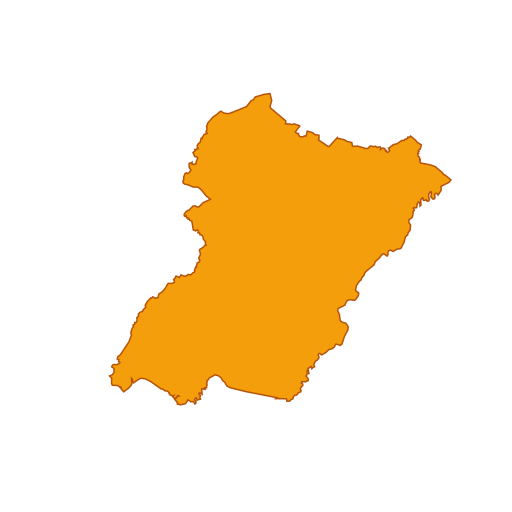 the district of Arenillas, El Oro, Ecuador, rotated 220°
{"feature_id": "8360857B40714321113119", "entity_name": "Arenillas", "entity_type": "district", "adm_level": 2, "iso_a3": "ECU", "parent_name": "Ecuador", "parent_adm1": "El Oro", "projection": "natural_earth1", "projection_center": [-80.11, -3.588], "detail": "fine", "context": "isolated", "style": "filled", "palette": "amber", "viewbox_px": 512, "rotation_deg": 220, "n_neighbors": 0, "source": "geoboundaries", "source_scale": "gbopen_adm2", "svg_char_len": 6112}
<svg xmlns="http://www.w3.org/2000/svg" viewBox="0 0 512 512"><g transform="rotate(220 256 256)"><path d="M295.6,81.1L295.7,79.6L295.2,78.3L292.6,78.6L289.8,75.4L289.8,72.6L291.1,69.9L288.1,69.7L284.7,65.5L283.0,64.6L279.1,67.6L277.4,68.1L275.1,67.9L275.6,69.3L274.0,67.6L270.0,66.9L268.6,73.1L268.6,77.1L269.2,78.6L272.7,82.2L271.1,82.0L269.5,80.2L268.3,80.0L266.9,85.3L265.5,88.5L262.0,90.6L256.3,92.1L243.0,93.2L242.3,94.0L238.9,94.2L237.5,95.4L236.1,95.6L234.0,95.2L234.1,94.8L233.2,94.3L230.4,95.0L229.3,96.3L229.2,94.7L227.0,94.4L226.2,95.4L226.1,98.8L225.5,99.4L225.0,99.3L225.9,98.6L225.8,95.5L226.3,94.0L221.9,93.1L221.1,92.0L218.1,93.6L215.1,97.5L215.6,102.2L212.3,102.4L210.3,104.3L207.7,103.4L207.3,104.1L208.8,106.3L210.6,106.4L211.1,107.9L210.7,108.9L208.4,107.9L206.5,110.7L208.0,111.4L208.9,113.5L210.7,113.4L211.5,114.3L210.9,115.2L208.4,115.4L212.2,119.3L212.1,119.7L209.3,121.0L209.3,121.6L210.5,121.8L209.2,123.4L210.2,124.3L210.5,125.7L211.6,126.1L212.1,127.6L213.3,128.7L213.0,130.3L213.4,132.5L211.0,138.6L207.9,140.1L204.7,140.3L201.3,139.1L198.8,139.2L194.6,137.7L190.9,138.6L176.2,145.8L148.8,161.0L149.1,159.5L141.1,166.0L140.2,165.9L139.2,164.6L136.8,166.5L136.8,168.7L135.9,170.2L136.9,172.4L136.8,174.2L135.7,175.3L135.4,176.7L135.7,178.5L134.4,180.7L135.1,182.1L136.3,182.4L137.1,183.7L137.0,187.1L138.6,188.3L139.8,187.9L140.1,188.6L139.9,189.5L136.9,191.7L136.9,192.8L135.9,193.8L136.3,194.8L137.4,195.6L140.4,196.1L140.4,197.0L141.3,198.0L139.9,200.1L141.5,201.2L142.3,200.0L143.2,201.2L142.5,202.2L143.7,202.8L143.9,203.8L143.2,204.6L143.1,206.4L142.5,206.8L140.8,205.6L140.7,207.4L139.9,208.8L142.0,210.1L142.9,213.5L142.1,215.9L142.3,218.3L142.7,219.0L144.9,220.2L145.1,221.4L144.9,222.0L144.0,222.4L142.3,222.3L141.6,223.7L140.4,227.3L140.1,230.9L138.3,233.5L137.4,236.4L138.3,239.6L137.4,240.4L133.9,241.7L133.6,243.8L136.6,251.4L138.1,258.5L139.6,260.7L140.6,261.4L144.2,262.2L147.1,260.8L149.7,260.5L154.8,265.0L158.6,266.8L159.3,268.6L156.3,275.6L157.5,279.2L157.1,281.5L155.8,283.0L152.0,285.4L151.7,287.4L152.1,291.0L153.1,293.2L154.1,293.9L155.9,293.5L157.7,293.7L160.0,297.8L160.6,303.2L160.1,305.2L161.0,307.4L160.8,310.5L161.7,312.3L161.8,314.8L159.9,325.1L161.0,328.3L160.2,333.6L160.5,337.6L160.1,339.2L159.1,340.0L155.6,340.1L155.7,342.0L157.3,343.5L157.7,345.6L156.6,347.0L153.9,347.6L152.3,352.1L150.8,353.5L149.9,355.1L151.5,361.8L153.9,366.9L153.4,369.7L154.3,371.2L154.6,375.0L157.5,379.1L160.5,379.9L162.1,382.2L161.3,385.1L161.5,387.0L163.2,389.9L164.2,390.6L164.2,393.0L166.3,393.8L165.9,394.9L164.5,395.5L164.0,396.4L165.9,399.3L166.4,401.5L165.9,402.1L164.5,401.7L162.4,399.7L162.4,401.1L166.0,405.0L166.0,407.6L165.4,407.8L164.1,406.4L163.4,406.3L162.3,407.3L162.1,408.4L160.1,408.0L159.0,409.2L159.4,410.8L161.3,411.8L163.6,414.6L163.5,417.7L162.5,417.6L160.0,413.6L156.9,413.4L156.0,414.6L156.9,416.2L158.9,418.1L158.5,419.6L157.6,420.2L155.7,419.7L156.4,425.4L159.0,428.3L155.5,436.5L155.6,439.6L162.8,439.6L164.7,439.0L166.3,439.6L176.2,439.7L181.0,437.9L189.9,433.0L190.9,433.5L192.1,435.4L192.4,434.9L194.4,436.9L195.5,436.6L197.7,438.0L198.0,438.6L197.5,439.2L198.2,439.5L198.4,440.8L199.1,440.7L199.5,441.3L198.9,443.5L200.8,447.4L206.0,446.7L207.6,447.2L214.6,447.3L214.5,446.2L216.1,444.6L215.5,443.7L216.9,440.9L216.7,440.0L218.6,438.2L220.1,432.6L222.5,429.5L222.5,427.8L223.2,426.7L223.2,424.7L223.9,423.8L221.4,422.7L221.5,420.2L223.8,419.6L223.9,420.6L224.7,420.1L226.5,421.0L228.4,420.1L229.1,417.6L230.2,419.2L231.1,419.4L233.0,417.1L235.1,416.9L236.0,415.4L238.9,414.1L239.4,412.8L239.1,411.2L240.4,409.2L249.1,405.4L249.3,404.7L250.9,403.8L251.5,402.7L252.9,402.3L255.5,404.5L259.8,402.3L263.1,401.8L269.3,398.6L269.8,399.0L270.3,387.1L271.1,386.3L282.8,385.1L283.1,386.3L285.4,389.0L289.2,386.7L291.6,387.0L296.7,384.8L297.0,384.5L294.7,380.1L296.2,379.0L296.9,377.2L299.4,375.6L301.3,376.3L302.2,377.2L303.5,376.1L305.6,376.3L306.0,383.6L306.6,383.7L311.6,381.8L313.1,379.7L314.9,378.9L318.4,376.2L319.9,378.6L340.1,378.7L341.6,379.9L343.8,385.1L349.7,389.4L353.9,384.8L358.7,377.5L358.9,376.5L358.3,374.3L359.6,371.7L359.3,364.4L366.4,350.9L367.3,349.9L367.6,348.5L369.3,346.8L373.0,344.6L375.8,344.5L376.4,343.5L377.1,338.8L378.3,334.9L378.4,326.9L377.1,323.4L375.9,322.6L374.5,320.5L374.2,318.9L372.2,318.6L373.8,315.9L373.4,312.2L372.7,311.5L373.7,310.8L371.9,307.2L372.4,304.8L372.0,302.7L369.6,301.2L370.4,300.9L369.9,299.5L371.4,298.2L370.6,297.7L370.3,296.8L370.8,294.8L366.9,292.8L364.8,293.9L363.8,293.8L362.2,289.3L361.2,288.0L363.7,285.1L365.3,286.8L365.6,285.3L366.4,284.8L366.6,283.6L363.9,280.8L361.1,280.0L360.8,276.3L361.1,275.5L363.0,274.8L363.3,273.2L362.2,270.1L360.5,268.1L360.0,266.2L358.8,265.2L357.0,265.2L353.6,266.9L348.4,268.4L345.1,271.3L343.6,271.5L340.5,271.5L332.8,270.0L327.4,270.2L330.7,263.0L331.4,256.6L332.5,255.8L334.7,255.4L336.4,253.7L336.8,247.8L337.7,246.8L338.1,244.5L337.8,241.7L336.6,240.6L335.9,240.7L335.3,242.0L333.7,240.7L332.9,241.4L331.9,240.5L331.1,241.5L329.7,240.8L327.5,241.4L320.7,235.6L319.4,236.4L318.4,236.3L317.7,238.4L316.1,238.1L315.4,236.4L314.0,237.4L312.5,236.3L312.3,236.8L310.2,237.0L308.5,236.3L307.5,235.2L303.5,234.2L302.9,233.1L301.3,232.1L302.0,231.8L302.1,228.5L303.3,224.8L302.7,223.6L300.1,222.2L299.1,220.1L298.8,217.9L297.8,217.0L296.3,216.8L295.7,215.2L296.6,212.7L295.7,211.5L295.0,209.0L294.6,209.2L294.3,208.9L295.0,208.3L293.9,205.4L293.1,205.2L292.7,203.9L293.6,202.8L293.8,199.7L296.1,198.2L296.9,195.3L298.9,194.0L301.3,193.4L300.9,190.3L304.4,189.2L303.7,186.9L304.1,185.1L301.8,183.9L301.7,183.1L302.7,181.0L305.4,178.9L305.7,178.0L304.7,172.6L304.9,167.8L306.0,164.7L304.4,161.0L306.4,158.7L308.8,158.4L309.0,156.7L309.7,156.2L310.0,151.1L309.2,147.0L307.5,145.9L307.9,142.5L307.3,140.8L308.8,138.1L308.7,135.7L307.2,134.3L307.7,132.0L306.3,131.0L305.2,129.2L305.2,128.0L306.2,127.1L305.2,126.1L305.8,124.0L304.5,123.3L304.4,121.3L303.1,117.8L302.2,116.3L300.7,115.7L298.2,108.7L296.6,95.0L296.5,92.7L297.2,90.2L296.1,87.9L294.5,88.5L293.6,86.9L291.6,86.8L292.6,83.5L295.6,81.1Z" fill="#f59e0b" stroke="#b45309" stroke-width="1.5"/></g></svg>